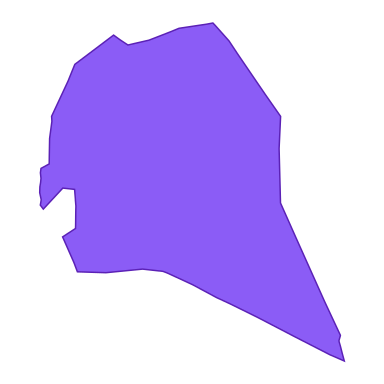 Santa María Nduayaco, Oaxaca, Mexico (Robinson projection)
{"feature_id": "50627088B11390795359307", "entity_name": "Santa María Nduayaco", "entity_type": "district", "adm_level": 2, "iso_a3": "MEX", "parent_name": "Mexico", "parent_adm1": "Oaxaca", "projection": "robinson", "projection_center": [-97.514, 17.403], "detail": "fine", "context": "isolated", "style": "filled", "palette": "violet", "viewbox_px": 384, "rotation_deg": 0, "n_neighbors": 0, "source": "geoboundaries", "source_scale": "gbopen_adm2", "svg_char_len": 1102}
<svg xmlns="http://www.w3.org/2000/svg" viewBox="0 0 384 384"><path d="M344.3,361.0L342.3,353.6L340.3,345.8L339.1,341.7L339.0,340.5L340.3,335.9L340.4,335.3L324.5,301.3L296.0,237.8L280.5,203.0L279.1,148.5L280.6,116.4L265.1,94.2L256.9,82.2L237.4,53.6L229.0,40.9L215.2,25.4L212.9,23.0L206.5,24.2L197.7,25.5L179.0,28.3L170.5,31.8L162.3,35.0L148.9,40.2L146.2,40.8L139.7,42.3L127.9,45.0L120.5,40.1L117.7,38.1L113.6,35.1L74.9,64.3L74.6,64.9L68.0,81.2L51.6,116.3L51.9,121.3L49.6,138.5L49.3,155.7L49.2,163.9L41.0,168.4L40.4,172.8L41.0,178.4L40.6,182.5L39.9,186.8L39.7,192.6L41.2,199.7L40.7,203.0L40.3,205.1L43.3,209.1L62.8,188.1L73.0,189.2L74.6,189.4L75.0,194.5L75.2,196.8L75.4,199.5L75.4,200.1L75.6,202.5L75.8,205.0L75.9,205.6L75.9,207.2L75.8,209.8L75.6,225.6L75.5,228.5L75.0,228.8L72.4,230.5L70.9,231.5L69.2,232.6L67.6,233.6L65.7,234.9L62.6,236.9L73.9,262.5L77.4,271.8L105.9,272.7L142.6,269.1L158.8,270.9L160.2,271.0L160.9,271.1L161.0,271.1L163.1,271.4L167.0,272.9L192.4,284.6L216.6,297.6L229.8,303.7L257.6,317.4L294.5,336.6L330.0,354.8L344.3,361.0Z" fill="#8b5cf6" stroke="#5b21b6" stroke-width="1.5"/></svg>